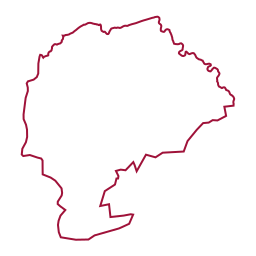 the district of Ararat, Ararat, Armenia, rotated 179°
{"feature_id": "60910142B39713480261045", "entity_name": "Ararat", "entity_type": "district", "adm_level": 2, "iso_a3": "ARM", "parent_name": "Armenia", "parent_adm1": "Ararat", "projection": "albers", "projection_center": [44.799, 39.943], "detail": "fine", "context": "isolated", "style": "outline", "palette": "rose", "viewbox_px": 256, "rotation_deg": 179, "n_neighbors": 0, "source": "geoboundaries", "source_scale": "gbopen_adm2", "svg_char_len": 4794}
<svg xmlns="http://www.w3.org/2000/svg" viewBox="0 0 256 256"><g transform="rotate(179 128 128)"><path d="M128.5,32.2L124.4,41.3L126.8,41.7L133.9,40.5L147.1,39.3L148.3,52.1L157.1,50.5L152.3,65.3L142.0,71.7L140.4,77.7L138.8,77.7L138.4,80.1L140.8,85.3L136.0,86.5L131.2,85.8L123.3,93.8L122.1,91.0L120.1,84.6L110.5,101.0L101.0,98.2L93.8,102.7L72.7,103.5L68.7,113.9L59.2,125.1L52.8,131.6L47.2,132.0L43.2,134.4L38.4,134.0L29.7,138.4L31.3,147.6L22.1,148.5L22.1,149.2L21.9,150.2L22.2,151.3L22.2,151.9L22.1,153.0L21.9,153.5L21.6,154.2L21.3,155.2L21.5,156.0L21.9,157.0L22.5,157.9L23.1,158.3L23.7,159.0L24.8,159.5L25.4,160.2L25.7,161.0L26.1,162.2L26.6,163.0L27.2,163.5L28.1,163.9L28.7,164.1L29.2,164.3L29.5,164.9L29.7,165.6L30.1,166.2L30.7,166.9L31.5,167.0L32.2,166.9L32.9,166.5L33.0,166.4L33.5,166.3L34.1,166.7L34.7,167.0L35.4,167.5L36.1,167.7L36.6,168.4L37.0,169.3L37.2,170.3L37.2,170.6L37.2,171.3L37.5,172.1L38.1,173.1L37.9,174.0L38.1,175.6L38.1,176.6L37.4,177.7L36.4,178.9L35.8,180.1L35.6,180.9L35.8,181.5L36.3,182.2L36.8,182.9L37.0,183.4L37.1,184.3L37.3,184.8L37.7,185.3L38.5,185.8L39.6,186.5L40.5,186.8L41.3,186.7L41.8,186.1L42.1,185.8L42.5,185.6L43.1,184.6L43.8,183.9L44.4,183.2L45.4,183.3L46.4,183.7L47.0,184.2L47.1,184.3L47.5,185.1L47.5,186.2L47.1,186.9L46.7,187.8L45.6,188.3L44.6,188.7L44.1,189.2L44.2,190.2L44.9,190.6L45.7,190.9L47.2,190.7L47.8,190.5L48.2,190.5L49.1,190.4L50.0,190.6L50.7,191.1L51.0,191.8L51.5,192.6L51.7,193.1L51.8,193.3L52.2,194.1L53.2,194.4L54.0,195.0L55.0,195.2L55.5,195.4L56.1,195.5L56.3,195.7L57.0,196.2L58.1,197.0L58.7,197.9L59.2,199.1L59.6,200.0L60.2,200.7L60.5,201.3L61.2,201.7L62.0,201.8L63.0,201.6L63.7,201.4L64.2,201.1L64.5,201.0L65.3,200.8L66.3,201.2L66.7,201.7L67.6,202.6L68.3,203.3L68.9,203.2L69.1,202.9L69.2,201.9L69.4,201.0L69.4,200.3L69.9,199.6L71.0,199.1L71.6,199.0L72.6,199.2L73.4,199.7L74.0,200.2L74.5,200.6L74.8,200.8L75.7,201.6L75.8,202.1L75.5,203.1L74.7,203.8L73.8,204.3L72.7,204.8L72.1,205.4L71.9,207.0L71.7,207.8L71.5,208.9L71.5,209.7L71.9,210.5L72.4,211.0L73.0,211.5L73.3,211.7L73.9,211.7L74.8,211.5L75.4,211.1L76.1,211.0L76.6,210.9L77.9,211.0L79.1,211.1L80.5,211.5L80.6,212.0L81.0,212.9L81.2,213.9L81.6,214.6L81.9,215.3L82.1,216.4L82.2,217.6L82.7,219.3L82.9,220.0L83.2,220.9L83.5,221.4L83.8,222.4L84.2,222.9L84.5,223.6L84.7,224.3L84.9,225.3L85.7,225.7L86.5,226.0L87.2,226.1L88.1,225.8L88.9,225.2L89.2,224.7L89.3,224.6L89.9,223.8L90.4,223.5L91.2,223.6L92.3,224.0L93.2,224.4L93.5,225.0L93.5,226.1L93.4,227.2L93.3,227.4L93.1,228.2L92.9,229.4L93.1,230.1L93.4,230.8L93.9,231.2L94.5,231.6L95.1,232.2L95.3,232.8L95.3,233.4L95.0,234.4L94.6,235.5L94.6,236.3L94.8,237.6L95.3,238.1L96.0,238.6L96.7,238.8L97.9,238.6L98.9,238.5L99.5,238.3L100.2,238.0L101.9,237.7L105.0,236.8L108.6,235.8L110.5,235.3L112.8,234.6L118.3,232.7L122.8,231.6L123.3,231.4L124.1,231.2L125.2,230.8L125.7,230.7L126.4,230.2L127.2,230.1L127.7,230.2L128.7,230.3L129.9,230.2L130.3,230.0L131.3,229.6L132.6,228.8L133.7,228.3L134.7,228.2L135.7,228.5L136.9,228.6L137.6,228.3L138.3,228.3L139.4,228.6L140.6,228.3L141.9,228.0L142.9,227.7L143.4,227.1L144.1,225.9L144.9,224.7L145.2,223.7L145.7,222.8L146.2,222.3L147.0,222.3L147.6,222.5L148.1,223.1L148.8,223.8L149.4,224.6L149.8,224.7L150.9,224.5L151.6,225.0L152.6,225.6L153.0,226.6L153.2,227.6L153.2,228.7L153.2,229.7L153.3,230.7L153.6,231.6L153.8,231.9L154.4,231.9L155.0,231.4L155.8,231.5L156.4,232.0L156.9,232.1L157.7,232.1L158.3,232.5L159.4,232.5L160.1,232.8L161.0,232.9L161.6,233.2L162.9,233.6L163.9,233.8L164.9,233.8L166.1,233.6L167.5,232.9L168.4,232.4L169.4,232.0L170.3,232.1L171.2,231.6L172.5,230.9L173.7,230.3L174.9,229.5L175.9,228.8L176.9,228.0L178.1,227.0L179.8,225.8L181.6,224.3L184.0,223.4L185.3,222.6L186.9,222.2L188.2,222.1L189.1,222.0L189.7,221.5L190.3,221.4L191.6,221.5L191.1,220.2L191.3,219.4L191.6,218.0L192.6,216.8L192.8,216.2L192.7,215.4L193.2,214.8L194.2,213.8L195.1,213.6L196.0,213.3L197.0,213.0L197.6,212.6L198.3,212.9L199.2,213.1L200.1,213.0L201.0,212.2L202.0,211.2L202.6,210.3L202.6,209.6L202.6,208.8L203.0,207.8L203.1,207.0L204.0,206.0L205.0,205.8L205.9,205.0L206.3,204.2L206.5,203.3L206.4,202.3L207.0,201.7L207.7,201.7L208.7,201.4L209.6,201.1L211.0,200.4L211.5,199.8L212.1,200.7L212.4,201.6L213.0,202.3L213.9,202.6L214.5,202.7L215.2,200.9L216.5,194.0L216.8,184.0L218.3,180.5L221.5,178.0L227.2,176.4L228.5,174.4L227.5,170.2L227.5,166.7L229.8,159.9L232.2,143.3L232.2,138.7L229.9,133.0L229.0,128.1L229.0,121.0L229.0,120.8L230.3,115.6L234.0,109.1L234.7,103.4L234.1,102.7L233.2,101.8L226.6,102.7L219.0,100.0L215.3,99.0L214.0,97.0L214.1,87.5L214.1,83.1L206.2,79.8L201.6,76.6L195.5,68.8L195.0,64.2L195.5,61.7L199.5,55.6L199.6,53.2L197.2,51.0L192.1,47.1L197.0,41.6L199.0,36.5L199.7,32.3L199.0,25.0L197.1,19.9L182.1,17.2L169.5,17.2L163.3,21.2L138.9,27.7L136.0,28.9L128.5,32.2Z" fill="none" stroke="#9f1239" stroke-width="2"/></g></svg>